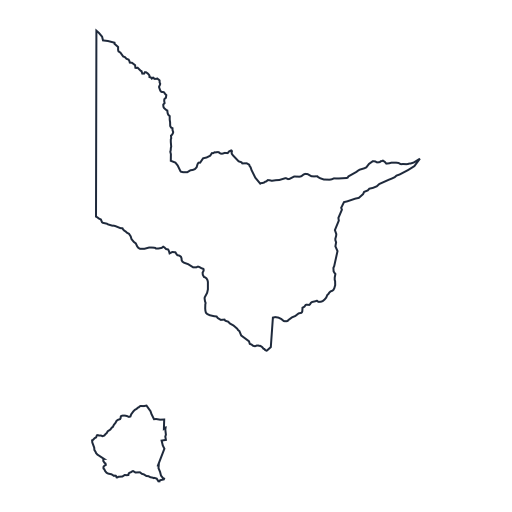 Heredia, Heredia, Costa Rica
{"feature_id": "36466004B27145305633617", "entity_name": "Heredia", "entity_type": "district", "adm_level": 2, "iso_a3": "CRI", "parent_name": "Costa Rica", "parent_adm1": "Heredia", "projection": "orthographic", "projection_center": [-84.079, 10.129], "detail": "fine", "context": "isolated", "style": "outline", "palette": "slate", "viewbox_px": 512, "rotation_deg": 0, "n_neighbors": 0, "source": "geoboundaries", "source_scale": "gbopen_adm2", "svg_char_len": 6054}
<svg xmlns="http://www.w3.org/2000/svg" viewBox="0 0 512 512"><path d="M399.6,174.5L408.0,170.1L414.4,166.1L419.9,158.7L413.8,162.5L410.6,163.5L409.1,163.6L408.0,164.0L406.3,164.2L402.9,164.0L401.4,164.2L400.4,164.0L398.6,163.0L396.4,162.7L391.3,162.7L389.1,163.3L386.3,163.6L384.8,161.9L382.9,160.6L381.9,161.1L380.8,161.2L379.8,162.1L378.5,162.3L377.0,162.4L375.2,161.4L372.8,161.2L369.0,163.9L366.3,167.4L364.3,168.3L359.6,169.7L357.5,171.0L356.6,171.8L348.4,176.4L347.7,177.6L346.7,178.0L338.3,178.5L333.9,178.4L331.7,179.3L329.6,179.7L323.8,179.5L320.1,178.2L318.1,177.1L317.4,176.3L313.7,176.4L311.3,176.2L307.6,174.1L305.2,173.9L303.6,174.5L301.4,176.2L299.6,176.7L294.2,176.5L289.3,179.0L288.0,179.1L286.0,178.2L285.3,178.2L279.3,180.0L275.9,180.2L271.8,180.8L269.9,180.3L267.8,180.1L266.3,181.4L265.0,181.8L264.2,182.5L262.5,183.0L260.7,183.2L260.2,183.6L255.3,177.7L251.5,170.0L250.6,167.3L249.6,166.0L249.2,164.7L246.7,163.3L242.3,163.4L241.5,162.3L238.6,161.3L232.9,155.3L231.8,153.8L231.5,151.9L231.9,151.6L231.9,151.3L231.7,150.7L231.2,150.4L229.1,151.4L227.7,153.1L224.7,152.9L222.7,153.6L221.1,153.7L219.5,153.0L218.8,152.2L217.1,152.1L215.8,152.4L214.6,152.3L213.3,153.1L211.9,153.1L210.2,155.7L206.6,157.5L203.1,158.3L200.1,162.7L198.6,162.7L198.1,163.2L197.5,164.3L196.6,167.3L194.9,169.1L192.9,169.9L190.4,170.3L187.3,172.2L183.1,172.2L180.9,171.7L180.4,171.1L177.7,165.5L175.4,162.6L170.8,160.8L170.9,154.2L170.3,151.8L170.7,150.3L170.9,147.7L171.2,146.7L170.8,142.0L170.8,139.5L171.2,138.3L171.0,135.6L171.8,135.0L172.8,133.5L173.2,132.1L172.5,130.0L172.5,128.2L171.1,127.6L170.2,126.0L170.1,122.4L169.7,119.6L169.7,116.1L168.2,114.7L167.6,113.0L167.3,110.5L166.5,110.2L164.2,108.2L163.6,107.3L163.3,105.9L163.3,104.5L164.6,103.1L164.2,101.0L164.3,99.4L164.6,98.8L165.9,97.8L166.3,95.1L164.9,93.7L164.2,92.5L163.5,92.1L161.4,91.9L160.3,90.7L159.1,87.3L159.1,86.6L160.0,84.7L160.2,83.8L159.6,82.4L159.6,80.6L159.4,80.2L157.2,78.5L156.3,78.9L154.4,78.9L153.4,77.7L152.8,77.7L151.8,78.6L150.7,77.3L149.5,77.1L149.4,75.5L149.1,75.0L147.9,73.6L146.1,72.3L144.9,72.2L144.1,73.6L142.3,73.6L141.5,71.1L140.7,70.8L137.6,67.7L136.4,68.0L135.4,67.8L135.1,65.2L132.0,62.8L129.8,62.6L129.5,61.3L128.6,59.6L126.5,58.8L124.9,57.1L123.2,56.5L120.4,52.6L118.5,51.4L118.1,49.9L118.1,47.0L114.5,43.8L114.5,42.7L107.9,41.0L103.0,40.4L102.1,36.7L98.9,32.9L96.4,30.7L96.0,216.6L97.6,217.5L98.6,218.4L100.9,219.5L102.0,222.2L102.8,222.8L106.9,223.7L108.0,224.4L112.4,225.7L113.8,225.7L115.4,226.1L120.3,228.1L122.5,228.3L123.0,229.3L124.1,230.5L125.8,231.6L126.9,232.7L129.0,233.8L130.7,236.4L131.5,239.1L133.8,241.9L135.8,243.4L137.2,246.4L138.4,247.9L140.0,248.8L144.4,248.8L149.2,247.5L153.0,247.6L155.2,247.9L155.9,248.5L158.4,248.5L161.7,247.9L163.2,246.7L164.5,247.5L166.1,249.1L168.0,249.4L168.5,250.1L169.1,251.6L169.6,253.4L172.3,252.0L175.4,252.3L176.4,254.0L177.4,255.2L179.3,255.6L180.9,256.7L181.5,258.3L181.7,260.4L182.5,261.7L184.0,262.7L188.2,264.2L193.1,267.3L196.4,267.3L197.6,266.7L198.4,266.7L199.5,267.1L201.4,268.2L203.2,268.8L203.6,269.2L203.6,270.7L202.6,272.7L202.8,274.8L204.0,277.0L205.0,277.3L206.5,278.4L207.5,280.2L207.9,282.0L207.9,289.4L207.1,292.9L204.7,297.4L204.6,298.5L205.0,301.2L205.6,303.0L205.3,304.5L205.2,308.4L205.4,310.7L205.9,312.7L207.2,314.0L209.7,315.2L214.0,316.2L216.6,316.5L217.7,318.0L220.8,319.9L224.5,319.6L224.9,320.3L225.5,320.8L228.2,321.7L229.9,323.5L233.5,325.5L237.2,328.7L238.1,330.1L239.4,331.1L241.2,335.5L249.0,341.3L249.8,343.9L251.5,344.5L253.1,345.8L254.8,346.2L255.5,346.1L256.8,345.5L258.4,345.5L259.3,345.9L260.4,345.9L262.3,347.2L263.5,348.8L264.4,349.0L265.1,350.0L266.5,350.7L267.0,350.5L270.8,347.1L272.9,317.6L275.3,317.1L278.4,317.6L281.3,319.0L283.7,321.0L284.6,321.2L286.7,321.2L287.7,320.9L288.3,320.1L292.1,317.3L295.3,316.0L298.6,313.4L301.4,312.8L302.0,312.1L302.3,311.2L302.5,307.7L304.4,306.7L305.6,305.0L306.4,304.7L309.3,304.9L310.0,304.3L310.9,302.8L312.1,302.0L316.0,301.1L316.5,300.8L317.1,300.8L317.8,301.5L318.8,301.9L321.0,301.7L322.7,301.1L324.6,299.5L326.2,297.6L327.3,295.0L328.6,293.8L329.2,292.7L330.6,291.4L332.4,290.7L333.4,289.9L334.3,288.2L335.2,285.1L335.1,281.1L334.7,279.9L334.7,277.6L335.4,274.0L334.3,272.6L333.6,271.3L333.4,267.9L334.2,266.1L337.5,251.1L335.4,246.3L336.1,242.3L335.4,240.3L335.3,238.9L336.1,236.0L336.3,234.1L334.9,230.1L338.8,220.6L338.4,217.9L341.9,209.7L341.2,207.8L344.0,202.1L347.1,201.4L355.4,198.6L358.8,197.9L363.1,194.1L364.1,191.9L367.8,190.4L369.3,188.7L372.9,187.9L376.8,186.3L379.3,184.0L388.9,179.7L391.7,178.6L394.7,177.2L396.5,175.6L399.6,174.5ZM158.7,465.6L158.5,465.8L157.9,465.6L164.4,448.7L162.8,445.5L161.6,440.6L165.9,439.9L165.3,436.6L165.9,434.7L165.3,429.5L165.6,427.5L165.2,427.6L163.9,428.7L164.2,419.5L160.2,419.7L156.1,419.0L154.0,419.2L151.4,413.9L150.5,411.2L146.5,405.6L143.8,406.1L140.6,406.0L139.7,406.4L138.7,407.4L137.8,407.7L136.6,408.9L134.9,409.8L133.4,411.3L131.2,414.3L130.4,416.5L128.9,416.9L126.8,416.0L124.9,415.6L122.6,415.6L121.2,416.0L120.8,416.5L120.6,418.1L120.1,419.1L117.8,419.9L116.5,420.9L115.6,422.7L113.9,424.8L112.8,427.0L111.9,427.5L110.3,429.6L107.7,431.3L106.7,433.1L105.4,434.2L104.4,435.5L102.5,436.2L100.9,435.5L98.8,435.5L97.9,435.1L97.2,435.1L96.8,435.6L96.1,437.4L94.7,438.1L93.0,439.9L92.1,440.3L92.3,442.5L94.2,447.6L94.4,450.0L95.6,451.9L96.0,453.0L97.4,454.6L104.0,458.9L103.6,458.9L103.3,459.3L103.3,461.0L104.5,462.8L105.5,463.5L105.8,464.9L104.6,465.6L103.6,466.6L103.4,468.0L103.7,468.8L104.3,469.2L105.1,471.0L106.6,472.8L108.2,473.6L111.5,474.3L114.0,475.9L114.6,475.6L115.7,475.7L116.0,476.0L116.6,477.4L117.5,477.4L118.3,476.8L122.4,476.5L124.7,475.0L126.8,475.2L128.4,475.0L128.7,473.5L129.3,472.9L131.4,472.0L132.4,471.2L133.2,471.1L135.4,472.5L139.9,472.3L142.0,473.9L143.7,474.3L146.4,476.0L148.5,476.2L150.3,477.2L152.9,477.7L153.5,478.1L154.4,477.9L156.7,478.6L158.4,481.3L159.5,481.3L159.6,480.8L160.2,480.2L163.8,479.4L164.1,478.6L163.0,478.1L161.0,475.6L160.1,472.0L158.5,468.1L158.7,465.6Z" fill="none" stroke="#1e293b" stroke-width="2"/></svg>